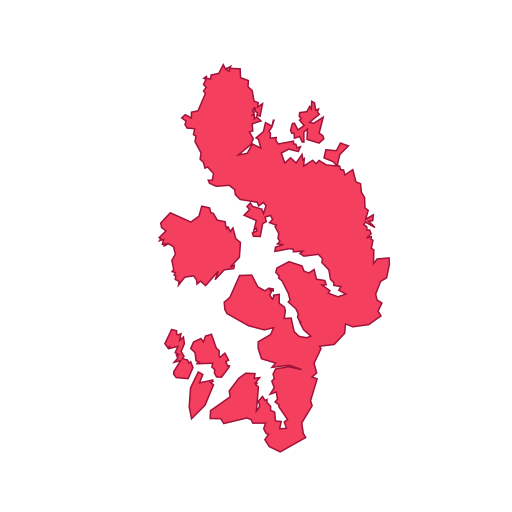 Øksnes nor, Nordland, Norway, rotated 332°
{"feature_id": "86288312B99132950125054", "entity_name": "Øksnes nor", "entity_type": "district", "adm_level": 2, "iso_a3": "NOR", "parent_name": "Norway", "parent_adm1": "Nordland", "projection": "albers", "projection_center": [15.043, 68.874], "detail": "fine", "context": "isolated", "style": "filled", "palette": "rose", "viewbox_px": 512, "rotation_deg": 332, "n_neighbors": 0, "source": "geoboundaries", "source_scale": "gbopen_adm2", "svg_char_len": 6151}
<svg xmlns="http://www.w3.org/2000/svg" viewBox="0 0 512 512"><g transform="rotate(332 256 256)"><path d="M252.3,393.2L248.7,389.1L254.7,387.7L256.9,378.0L269.9,368.3L269.7,365.5L283.5,370.8L297.9,365.9L303.2,358.0L308.3,364.0L323.3,369.5L338.2,367.6L337.9,362.0L345.1,356.6L342.2,351.5L343.8,345.8L354.1,336.9L361.0,336.6L369.8,326.1L372.6,320.2L361.6,315.5L356.2,317.9L362.9,305.9L361.4,303.4L366.6,297.1L365.5,295.2L366.9,293.0L362.2,292.1L368.1,290.4L368.5,286.4L366.1,285.1L367.5,282.3L365.9,278.8L368.5,277.4L374.4,286.7L371.9,278.2L375.7,279.6L378.9,274.7L370.0,275.0L376.5,268.4L374.8,264.6L379.3,255.5L379.0,249.2L382.2,241.3L379.0,237.5L382.0,225.2L372.6,226.2L373.7,221.1L371.2,219.6L372.0,216.0L370.4,213.9L377.7,205.7L389.3,202.2L383.6,195.9L376.4,200.8L367.6,195.0L362.1,201.3L368.5,209.1L369.8,214.5L361.0,208.8L356.5,201.2L352.5,202.8L350.9,198.1L340.3,199.0L344.3,192.7L342.5,193.2L344.3,188.0L335.1,192.7L332.6,185.5L325.1,187.4L326.6,177.0L335.1,177.0L342.4,183.6L346.5,180.4L343.0,179.8L343.7,176.0L341.8,174.8L343.0,172.2L328.2,167.5L327.9,162.8L329.5,160.9L323.9,158.6L326.5,154.2L325.8,152.1L330.4,149.7L335.6,144.6L335.1,144.2L331.1,148.9L327.0,142.7L320.9,149.7L311.5,151.7L313.0,153.9L310.9,163.1L305.5,155.5L296.4,161.2L287.8,158.5L303.7,155.2L308.7,151.1L308.4,143.5L311.9,144.0L314.7,137.5L323.8,139.1L321.9,133.4L318.6,134.3L320.8,130.6L318.9,129.9L321.6,128.7L321.0,126.5L323.8,124.2L324.8,125.2L322.9,127.1L324.5,130.3L322.9,132.2L325.3,134.4L333.3,124.6L327.4,125.2L329.9,121.6L327.0,118.4L330.3,108.2L328.4,102.9L331.6,97.5L326.1,91.2L329.9,83.3L321.0,78.0L322.6,76.7L321.0,76.7L319.2,80.5L317.5,77.7L319.5,76.7L316.8,76.3L316.9,71.7L308.8,77.3L301.4,75.1L298.9,78.4L295.0,75.1L297.2,74.0L293.3,74.6L294.9,76.5L290.2,79.9L291.1,83.8L287.1,85.7L287.6,88.8L272.9,100.6L266.5,98.7L263.7,103.8L259.9,98.0L255.2,99.2L257.6,104.1L255.0,106.6L255.2,110.7L261.6,114.8L257.7,119.5L259.3,121.7L255.8,126.5L255.9,139.1L252.1,144.3L253.5,148.5L252.2,154.5L255.1,154.8L257.2,163.3L253.0,168.5L249.4,166.7L249.1,169.8L253.6,175.8L265.5,181.0L268.3,187.3L266.6,192.1L268.5,198.6L282.3,209.1L281.8,213.0L287.6,212.2L288.5,216.3L282.5,222.0L283.1,217.3L276.1,210.5L275.9,206.5L271.2,208.1L272.3,211.9L264.6,214.4L272.9,224.8L266.1,232.4L269.3,231.4L268.6,234.3L263.6,234.0L263.0,237.4L268.9,240.8L277.1,230.5L281.2,230.5L282.5,225.8L287.9,227.1L287.7,231.6L283.6,232.9L288.5,238.4L286.6,239.0L286.7,246.6L283.6,251.0L284.1,254.2L280.6,255.4L285.8,258.9L277.4,257.3L274.8,260.8L289.0,265.3L292.1,267.4L291.0,269.9L299.6,273.7L296.0,274.4L298.2,278.6L311.8,283.8L313.5,289.5L311.1,292.7L313.8,302.4L310.8,311.6L312.2,316.0L310.9,318.5L316.6,322.8L313.0,325.1L317.4,331.8L309.2,330.5L302.3,322.6L305.0,321.3L300.6,312.5L304.5,314.4L305.3,310.0L298.5,304.9L301.0,295.2L294.7,295.8L291.3,292.0L291.9,286.3L282.5,276.5L268.9,276.4L265.8,279.7L267.0,284.4L265.6,286.0L267.3,290.1L267.0,304.3L265.4,310.9L262.9,311.8L266.4,321.0L266.2,326.7L264.0,329.5L263.8,334.6L265.4,335.2L263.5,335.2L263.4,343.4L266.7,352.5L262.3,351.9L256.3,347.2L254.2,340.5L257.9,327.3L251.6,324.4L256.3,318.1L257.1,314.4L254.3,308.7L258.5,300.8L252.5,298.6L253.6,299.5L250.3,301.7L249.7,297.0L252.8,294.8L252.1,291.7L254.7,295.0L255.8,293.2L252.2,290.4L247.5,291.0L243.1,284.0L243.3,270.9L232.4,265.5L213.5,280.3L206.2,281.9L203.4,288.5L203.4,293.2L216.6,314.0L228.6,325.1L237.9,327.6L232.0,332.2L217.7,332.8L214.6,338.4L212.6,349.3L223.0,359.7L217.8,361.8L234.2,368.1L243.1,377.8L232.9,369.2L220.3,364.9L215.6,368.3L214.7,372.7L211.2,373.9L210.3,380.9L203.6,384.6L210.1,385.6L207.7,392.5L204.4,393.8L206.3,398.2L205.4,399.8L207.1,415.2L203.0,415.9L202.0,422.5L195.7,419.6L200.6,414.0L195.7,410.8L199.2,402.6L196.4,399.1L198.3,395.7L197.0,390.6L198.3,387.8L196.1,387.8L195.8,383.1L188.5,385.9L189.8,387.5L188.5,390.6L183.5,393.1L196.7,372.7L195.4,369.4L197.1,368.8L195.6,368.0L202.1,365.1L197.0,363.2L199.9,359.4L192.0,354.7L183.7,355.8L169.0,362.5L167.1,368.2L143.2,371.2L139.2,378.0L148.5,383.1L148.9,388.8L171.8,394.7L174.9,398.1L174.7,402.1L186.0,408.0L181.7,412.1L181.6,417.4L183.4,419.3L177.6,422.3L178.2,430.5L185.4,440.3L214.6,439.6L214.5,434.7L218.0,424.9L235.2,414.6L236.3,409.3L252.3,393.2ZM200.6,177.6L187.3,182.2L186.0,186.5L188.3,191.6L179.1,194.3L180.1,196.0L178.0,197.2L182.1,197.9L178.8,201.8L182.0,202.9L178.9,204.1L184.3,204.0L187.5,209.0L185.7,216.5L179.6,220.4L177.1,229.2L174.6,230.4L177.2,232.7L174.8,234.3L175.8,235.9L173.7,238.8L176.2,242.3L173.9,245.3L183.2,241.3L191.6,244.2L192.3,249.2L190.7,253.1L195.2,252.1L197.6,258.5L215.4,251.8L208.8,257.7L221.5,253.3L230.4,256.7L232.5,254.1L227.9,253.8L240.7,249.4L248.6,236.8L246.3,231.2L248.8,220.4L244.7,222.4L245.0,217.9L242.0,218.3L244.8,217.4L243.1,215.7L244.9,211.3L238.7,206.2L238.3,198.3L236.5,196.4L237.6,191.7L231.5,186.5L224.3,194.1L214.4,195.4L200.6,177.6ZM168.6,303.0L160.5,302.6L154.9,307.0L156.8,312.7L153.9,320.3L156.1,323.1L152.6,323.1L167.5,330.4L164.9,333.2L166.2,337.0L164.3,339.8L164.4,344.3L168.7,346.8L179.7,341.7L181.0,340.5L179.4,339.5L179.7,335.1L182.9,335.1L182.9,327.2L176.6,328.5L176.3,327.2L179.0,322.5L177.7,318.7L179.9,304.2L173.8,303.0L169.4,307.1L168.6,303.0ZM377.8,145.6L373.9,152.1L373.6,149.2L368.6,152.4L361.9,149.9L359.7,153.0L360.7,155.8L358.2,156.5L359.7,163.4L352.2,164.4L352.3,156.8L350.3,156.2L345.5,161.2L345.2,164.3L347.3,165.6L345.2,170.0L350.6,171.0L350.3,177.0L351.8,177.9L356.4,169.1L361.0,168.0L355.8,177.0L364.7,185.9L370.9,184.4L371.5,181.1L369.4,177.2L380.5,165.0L369.2,165.9L366.0,163.1L378.5,160.6L377.8,157.8L380.2,155.6L377.1,155.2L379.6,148.3L377.8,145.6ZM150.6,331.3L136.3,341.7L126.2,357.8L122.7,369.4L141.0,363.8L158.0,349.8L156.5,346.6L159.2,346.5L159.6,345.2L146.6,341.5L153.4,335.7L150.6,331.3ZM147.0,281.3L134.4,290.6L135.1,295.9L136.9,295.5L135.7,296.9L144.7,299.2L139.3,303.3L141.4,306.8L139.2,306.1L139.0,309.5L133.8,311.4L140.4,313.0L129.3,319.3L127.8,321.8L128.5,325.9L138.5,332.4L147.9,325.0L148.7,318.7L146.4,319.0L146.7,315.6L142.7,312.0L145.4,310.8L145.1,305.1L151.6,299.8L153.9,293.5L148.9,294.7L153.3,289.4L150.2,289.1L149.2,287.8L150.8,284.7L147.0,281.3Z" fill="#f43f5e" stroke="#9f1239" stroke-width="1.5"/></g></svg>